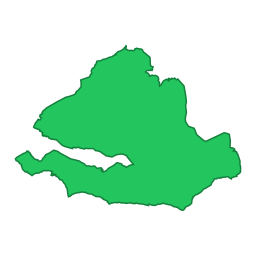 Pietroasa, Bihor, Romania
{"feature_id": "2599482B17260898829411", "entity_name": "Pietroasa", "entity_type": "district", "adm_level": 2, "iso_a3": "ROU", "parent_name": "Romania", "parent_adm1": "Bihor", "projection": "robinson", "projection_center": [22.598, 46.593], "detail": "fine", "context": "isolated", "style": "filled", "palette": "green", "viewbox_px": 256, "rotation_deg": 0, "n_neighbors": 0, "source": "geoboundaries", "source_scale": "gbopen_adm2", "svg_char_len": 5774}
<svg xmlns="http://www.w3.org/2000/svg" viewBox="0 0 256 256"><path d="M170.8,204.9L171.9,205.7L172.8,206.0L174.0,206.8L175.2,206.8L176.6,207.2L178.0,207.8L180.2,209.5L182.2,210.2L183.3,210.1L184.5,209.1L185.5,207.1L188.7,205.6L189.9,204.9L191.6,203.2L192.0,199.9L192.5,198.5L193.3,197.2L193.0,196.8L193.7,196.6L194.3,195.9L195.9,194.7L197.0,194.5L199.9,192.8L201.5,191.6L203.6,189.0L205.5,188.4L207.0,187.3L210.9,185.1L211.8,182.7L213.7,180.4L214.5,178.7L216.7,178.9L217.3,178.2L218.0,177.9L219.8,178.2L220.8,177.5L221.4,177.9L222.7,177.3L226.2,177.0L227.4,176.5L228.2,176.8L229.0,177.6L231.3,178.9L231.7,177.8L234.3,176.8L236.9,176.3L236.7,175.1L239.6,173.2L240.5,172.0L240.6,167.3L239.9,163.9L240.0,161.1L237.7,154.2L236.6,153.1L236.6,152.8L236.9,152.4L236.7,152.0L235.2,150.9L234.4,150.9L234.0,151.5L233.2,151.1L233.4,150.6L234.4,149.9L234.6,149.0L232.5,147.9L231.0,147.8L230.0,147.3L230.3,141.1L229.3,134.3L226.3,133.2L224.1,132.8L205.8,141.4L203.7,140.5L196.7,134.7L194.2,128.3L188.4,126.3L185.5,121.5L185.3,118.1L186.4,112.5L185.6,105.7L186.4,102.1L185.8,96.3L184.0,86.0L177.8,79.0L176.3,79.8L174.7,78.1L174.4,78.4L173.7,78.6L172.6,78.6L172.1,78.4L171.7,78.9L171.5,78.4L170.7,79.0L169.8,79.3L169.4,79.9L169.3,78.7L169.1,78.4L168.6,78.4L168.4,78.8L168.8,80.5L168.6,80.7L168.2,80.6L167.1,79.4L166.3,79.3L163.4,81.0L160.8,85.3L159.6,86.1L159.4,84.9L159.6,83.7L159.5,82.5L158.2,80.4L158.7,79.0L158.4,77.9L157.8,76.7L155.7,75.4L154.1,75.7L152.1,75.1L149.5,76.3L149.5,75.3L147.9,73.1L146.3,72.6L145.5,71.9L146.8,70.6L148.6,70.4L150.2,70.5L150.4,70.0L152.0,70.5L152.6,69.2L152.3,68.6L153.1,66.9L150.8,66.0L150.4,64.9L150.0,57.4L144.7,52.9L143.4,52.1L142.4,49.8L141.5,49.2L140.2,48.9L139.4,49.1L138.7,48.7L137.2,48.6L136.8,48.2L134.9,48.9L134.5,50.1L134.1,50.5L131.9,50.6L131.1,50.2L130.3,50.6L128.1,50.3L126.8,49.5L125.7,49.1L126.3,46.6L126.2,46.0L126.0,45.8L125.1,47.4L124.3,47.8L123.7,48.8L121.9,50.2L120.0,51.1L118.7,51.4L117.9,51.8L115.1,54.4L115.7,54.8L114.2,55.3L111.7,56.8L109.5,57.3L108.1,57.8L107.4,58.3L104.3,59.3L103.2,59.3L100.6,60.8L99.1,60.8L96.8,61.3L96.2,63.8L95.6,64.2L95.0,64.9L94.7,66.7L94.0,67.5L92.4,68.4L92.1,68.8L91.9,69.4L91.4,70.5L91.3,71.5L91.7,72.8L91.5,73.6L91.3,74.1L90.5,74.4L89.6,76.9L80.7,80.0L81.1,82.1L81.1,86.8L79.1,89.2L78.9,89.7L76.5,91.5L75.8,92.6L75.6,93.6L74.2,94.7L68.7,96.6L65.9,97.2L56.7,102.0L46.2,108.1L45.8,108.8L43.3,110.7L42.1,112.5L42.5,113.5L41.8,113.8L41.6,114.2L40.4,114.6L39.9,115.3L40.4,115.9L39.8,116.8L41.4,117.7L40.5,119.4L39.9,120.1L38.9,119.4L38.6,119.8L38.0,119.5L36.6,121.6L36.5,122.0L35.4,122.8L35.4,123.5L34.7,124.6L33.6,127.0L34.0,127.6L35.5,128.4L36.6,128.4L36.9,128.6L37.0,129.0L39.4,129.6L39.4,129.9L40.0,130.1L39.7,130.8L39.8,131.2L40.6,131.3L42.6,132.5L42.1,133.2L42.4,133.8L42.4,134.2L42.6,134.3L42.4,135.5L43.2,136.1L43.6,135.6L44.3,135.3L45.1,136.4L46.1,136.3L46.6,136.7L47.5,136.2L47.8,136.3L48.4,136.9L48.5,137.6L49.1,138.2L50.5,138.6L51.0,139.1L51.6,139.3L51.9,139.3L52.3,138.9L53.9,139.5L55.5,139.7L56.0,139.4L62.0,145.1L64.6,146.4L72.2,148.6L72.7,148.6L72.8,147.8L73.3,147.3L76.1,147.9L77.7,147.2L78.9,147.4L79.9,148.1L83.7,148.8L84.3,149.1L85.8,148.2L87.8,148.6L93.4,148.6L93.7,148.8L95.4,150.6L97.4,150.8L101.1,152.1L102.3,153.3L105.0,154.9L105.7,155.7L110.2,156.7L111.1,156.6L111.6,156.9L112.8,156.7L114.7,155.5L117.7,154.5L120.3,154.1L122.9,154.1L126.8,155.8L127.1,156.7L133.4,164.5L130.0,165.2L126.3,167.3L125.1,166.3L122.8,165.5L122.0,164.9L121.9,164.2L121.5,163.9L120.0,163.4L119.4,163.4L118.3,162.9L116.7,162.8L113.6,165.5L108.5,168.3L106.6,170.4L104.0,171.8L103.1,172.0L102.1,171.4L102.9,170.6L102.8,169.9L101.6,170.2L101.2,170.0L102.3,169.3L101.3,167.9L99.9,167.9L97.1,168.4L95.4,166.9L94.6,166.0L91.2,166.5L89.1,165.9L87.1,166.0L85.9,165.6L84.3,163.9L82.8,163.0L81.8,162.8L79.5,161.1L76.7,160.3L70.7,158.9L60.1,153.1L57.8,151.4L53.8,150.2L49.1,153.2L45.9,154.6L44.7,156.0L44.8,156.7L43.4,157.6L43.0,158.1L42.0,160.0L41.3,160.9L39.2,161.2L37.8,159.9L34.8,159.2L33.0,157.4L32.7,156.7L31.3,155.7L31.4,155.3L30.6,154.3L30.4,153.7L29.9,153.3L30.1,153.1L29.1,152.3L29.0,151.9L28.4,151.8L28.0,151.2L27.7,151.4L27.6,151.2L26.9,151.1L25.8,152.8L24.0,153.2L20.6,155.1L16.9,157.3L15.4,158.8L16.1,160.6L18.3,161.5L18.7,162.3L19.3,162.6L19.4,163.4L20.6,163.9L21.6,164.8L21.4,165.2L21.4,166.0L22.4,168.1L22.4,169.1L23.5,170.1L23.9,170.7L24.9,171.6L25.9,172.1L26.5,172.1L26.9,171.6L27.6,172.0L28.1,173.1L29.8,174.0L32.0,175.6L33.8,174.2L35.4,173.4L36.3,173.1L38.1,173.1L39.4,172.9L40.4,172.0L41.6,172.1L42.4,171.3L43.8,170.5L45.8,170.8L48.5,170.5L52.3,171.6L51.9,172.1L51.1,175.3L51.3,175.5L52.1,175.4L52.4,174.9L52.3,174.6L53.4,173.9L53.6,174.0L53.1,174.7L53.4,175.0L53.3,175.4L54.4,175.0L54.7,174.6L55.6,174.5L55.5,175.4L55.8,176.0L56.3,176.0L56.5,176.5L57.6,176.7L58.7,177.8L58.8,178.5L59.9,179.4L60.1,179.8L61.9,180.0L63.9,183.1L65.0,184.1L66.3,187.5L66.7,187.9L67.0,188.0L68.0,195.1L68.5,196.8L70.4,196.1L70.8,195.5L71.4,195.3L72.1,194.5L75.9,193.0L79.3,192.6L79.9,192.3L80.6,192.3L82.2,191.9L83.0,192.2L84.9,192.4L85.5,192.1L86.3,193.0L87.5,193.4L89.8,194.0L91.3,193.9L92.4,194.4L92.7,194.8L96.2,196.6L97.1,196.5L97.9,196.7L98.3,196.4L100.8,197.2L101.9,198.0L102.5,198.0L102.5,198.7L103.5,199.0L103.7,199.5L107.2,200.9L107.6,201.3L107.4,202.1L108.3,202.7L108.9,203.9L109.4,204.0L110.8,203.5L111.6,202.9L112.5,203.0L114.7,202.5L117.6,202.6L117.8,202.8L118.7,202.4L119.6,202.3L120.6,202.8L121.5,202.6L122.3,203.1L123.0,202.9L124.9,203.0L126.5,203.4L128.4,202.9L129.6,203.1L130.6,202.8L133.0,203.6L133.7,203.4L134.0,203.6L135.5,203.5L136.2,203.0L138.3,203.7L144.0,204.2L144.7,204.7L148.6,205.5L148.5,204.7L148.7,204.2L149.6,204.2L151.8,205.1L154.8,205.4L156.3,205.0L157.1,204.4L161.4,203.9L163.6,203.1L164.5,203.7L168.8,204.7L170.8,204.9Z" fill="#22c55e" stroke="#15803d" stroke-width="1.5"/></svg>